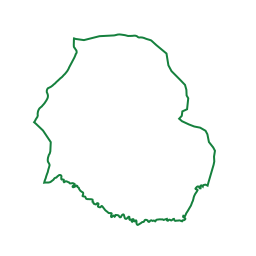 outline of Juban, Al Dali', Yemen, rotated 15°
{"feature_id": "15242507B54497479807016", "entity_name": "Juban", "entity_type": "district", "adm_level": 2, "iso_a3": "YEM", "parent_name": "Yemen", "parent_adm1": "Al Dali'", "projection": "albers", "projection_center": [44.946, 14.052], "detail": "fine", "context": "isolated", "style": "outline", "palette": "green", "viewbox_px": 256, "rotation_deg": 15, "n_neighbors": 0, "source": "geoboundaries", "source_scale": "gbopen_adm2", "svg_char_len": 5907}
<svg xmlns="http://www.w3.org/2000/svg" viewBox="0 0 256 256"><g transform="rotate(15 128 128)"><path d="M215.4,124.8L209.8,120.6L206.3,113.5L203.6,110.6L197.6,109.0L191.6,109.4L186.0,108.8L179.2,107.6L178.5,107.5L175.0,105.8L176.8,102.3L176.2,97.9L180.2,94.6L178.5,83.7L176.2,81.4L174.5,76.0L171.9,71.6L165.6,67.8L155.3,61.8L150.8,57.0L145.9,46.1L133.7,40.5L128.3,37.7L127.6,37.4L126.3,37.3L122.9,37.2L121.8,37.1L120.2,36.9L118.5,36.9L117.3,37.1L115.1,37.7L114.6,37.7L114.1,37.6L113.0,37.1L112.5,37.0L111.5,36.9L111.0,37.0L109.8,37.3L108.3,37.9L104.6,39.0L104.0,39.1L101.2,39.1L97.7,39.5L95.6,39.8L95.1,40.0L94.1,40.3L91.2,41.9L90.2,42.3L76.7,46.7L62.7,54.5L54.7,55.5L53.6,55.5L52.7,55.4L52.7,55.9L53.1,57.5L53.6,59.6L54.1,61.7L54.6,63.3L54.8,63.7L55.3,64.2L55.7,64.5L56.2,64.8L56.8,65.5L58.1,66.5L58.8,68.0L58.8,68.5L58.8,69.1L58.5,70.0L58.3,70.4L58.4,70.9L58.0,73.7L55.4,85.0L55.4,85.4L55.2,86.5L54.6,88.7L53.7,90.8L53.0,92.3L52.3,93.4L51.2,95.6L50.5,96.6L49.6,97.8L49.0,98.9L48.7,99.3L47.8,100.8L47.1,101.8L46.0,103.8L45.2,104.9L44.6,105.7L44.4,106.2L42.9,108.1L41.6,109.3L41.1,109.7L40.3,110.4L40.1,110.9L39.9,112.0L39.9,112.5L39.9,113.0L40.0,113.5L40.2,114.0L40.4,114.6L41.2,115.5L42.0,116.8L42.2,117.2L42.5,118.4L42.6,119.4L42.5,120.5L42.1,122.1L42.0,122.6L41.6,123.7L41.1,125.3L40.2,127.3L39.6,128.4L39.2,129.4L38.8,129.9L37.5,131.8L37.1,132.9L36.9,134.0L36.8,134.7L36.8,135.9L36.9,136.5L37.0,137.5L37.2,138.2L37.6,139.2L37.6,140.2L37.6,140.8L37.2,141.8L37.1,142.4L36.7,143.4L36.6,143.9L36.4,145.0L36.3,145.5L35.8,146.7L37.7,147.6L46.5,152.4L57.0,161.6L57.1,161.9L59.0,170.6L59.0,173.1L58.7,173.8L58.5,174.8L58.5,175.9L58.4,177.1L58.6,179.0L58.9,180.1L59.1,180.7L59.4,181.1L59.7,181.6L60.5,182.3L61.4,183.3L61.7,183.8L61.9,184.4L61.9,186.7L61.8,188.6L61.9,191.5L61.7,193.1L61.5,195.9L61.5,197.7L61.2,200.4L61.2,202.5L62.5,202.0L64.3,201.5L65.4,201.2L66.2,200.8L66.7,200.5L67.2,200.1L67.8,199.3L68.4,198.5L69.2,197.5L69.5,197.0L69.8,196.0L70.1,195.5L70.8,194.8L71.3,194.6L71.7,194.3L72.4,192.9L73.1,192.1L73.4,191.6L73.9,191.2L74.4,191.0L75.0,191.0L75.5,191.1L75.9,191.4L76.2,191.8L76.3,192.3L76.3,192.8L76.8,194.6L77.2,194.9L77.7,194.6L78.8,194.6L79.3,194.6L79.5,195.1L79.6,196.2L79.9,196.6L80.3,196.9L80.7,196.6L81.4,195.7L81.9,195.5L82.4,195.5L82.9,195.5L84.6,195.8L85.1,195.8L86.0,196.5L86.5,196.5L87.6,196.1L88.8,195.6L89.3,195.6L90.1,195.7L91.0,196.0L91.1,196.5L90.6,197.4L89.8,198.2L89.6,198.7L89.8,199.2L90.2,199.4L90.7,199.3L91.3,198.9L92.4,197.9L93.0,197.0L93.5,197.0L94.0,197.1L94.6,198.1L95.1,198.3L95.7,198.4L96.1,198.7L96.7,199.7L97.6,200.4L98.0,200.8L99.5,201.5L101.0,201.9L101.4,202.2L101.6,202.7L101.8,203.3L101.7,205.4L102.1,205.6L102.7,205.6L104.2,205.4L104.7,205.7L105.4,206.6L105.7,207.0L106.2,207.2L106.7,207.2L107.2,207.2L110.2,206.5L111.3,206.3L111.7,206.3L112.3,206.4L112.5,206.9L112.7,207.3L112.8,208.4L113.3,208.5L113.8,208.7L114.1,209.6L114.6,210.0L115.5,210.0L116.0,210.2L116.5,210.2L117.0,210.0L117.2,209.5L117.4,209.0L117.7,208.6L118.2,208.5L118.8,208.6L119.1,208.9L119.2,209.5L119.2,211.0L119.3,211.6L119.8,211.8L120.3,211.9L121.3,211.9L121.8,211.7L122.2,211.2L122.4,210.6L122.7,210.2L123.2,210.2L123.7,210.5L125.1,211.6L125.5,211.9L125.9,212.2L127.2,213.2L128.2,213.7L129.2,214.1L130.7,214.8L131.2,215.1L131.7,215.1L132.8,214.8L133.8,214.6L134.3,214.8L134.4,215.4L134.4,217.5L134.6,218.0L135.0,218.3L135.4,218.1L135.8,217.7L136.6,216.4L137.2,216.3L138.0,217.1L138.3,216.8L138.3,215.7L138.6,215.2L139.2,215.1L139.7,215.1L140.3,214.9L141.0,214.9L141.6,215.0L142.7,216.0L143.3,216.3L143.8,216.2L144.2,215.8L144.4,214.7L144.8,213.7L145.1,213.2L145.6,212.8L146.0,212.7L146.5,213.0L147.1,214.0L147.7,215.0L148.1,215.6L148.5,216.1L149.0,216.3L149.5,216.3L150.0,216.1L150.6,215.2L151.1,214.3L151.7,213.5L152.2,213.5L152.5,214.0L152.8,215.5L153.0,215.9L153.5,216.2L154.4,215.6L154.9,215.8L155.4,216.8L155.9,217.2L156.3,217.5L156.6,217.1L156.6,216.5L156.2,215.5L156.1,215.0L156.4,214.7L156.9,214.8L157.4,215.4L157.9,216.3L158.3,216.5L158.8,216.4L159.2,215.4L159.7,215.2L160.2,215.6L160.4,216.1L160.8,217.7L161.0,218.1L161.3,218.5L161.7,218.9L162.2,219.1L162.6,219.0L163.1,218.6L165.1,216.5L166.1,215.2L166.8,214.9L167.3,214.7L167.6,214.3L167.8,213.8L167.8,213.3L168.0,212.8L168.4,212.3L168.9,212.1L169.4,212.0L170.4,212.1L171.0,212.3L171.3,212.8L171.7,213.1L172.2,213.3L172.7,213.2L173.0,212.8L173.4,211.9L173.8,211.5L174.2,211.2L174.7,211.1L175.2,211.3L175.7,211.4L176.2,211.2L176.6,210.8L177.2,210.7L177.8,210.8L178.4,211.1L178.7,210.7L179.0,209.7L179.3,209.3L179.8,209.0L182.3,208.0L182.8,207.9L184.2,207.6L184.7,207.4L185.2,207.3L185.7,207.5L186.2,207.6L188.6,206.0L189.1,205.7L189.4,206.2L189.5,206.7L189.6,207.1L190.1,207.3L190.6,207.2L190.9,206.8L191.2,206.3L191.5,205.9L192.1,205.8L192.7,205.9L193.2,206.1L193.7,206.1L194.1,205.8L195.1,204.4L195.4,204.1L195.9,203.9L196.3,204.3L196.5,204.8L196.8,205.2L197.3,205.4L198.0,205.4L198.9,204.9L199.8,204.6L200.3,204.5L201.3,204.0L201.8,203.9L202.4,203.9L202.8,204.0L203.9,204.1L204.4,204.1L204.6,203.6L204.6,203.1L205.8,202.6L206.2,202.3L206.8,201.5L206.9,200.9L206.6,200.5L206.2,200.2L205.6,200.0L205.1,200.0L204.6,199.8L204.2,199.5L204.1,199.0L204.2,198.4L204.7,198.4L205.1,198.7L205.7,198.7L205.9,198.2L206.2,196.6L206.3,195.5L206.6,194.5L207.1,193.0L208.3,188.6L208.8,186.9L208.9,186.3L209.2,183.2L209.5,181.5L209.5,178.9L209.4,178.0L209.5,177.3L209.5,176.7L209.8,175.1L209.9,174.5L210.6,172.5L210.8,172.0L211.2,170.5L211.3,170.0L210.8,169.6L209.3,169.5L208.9,169.2L209.0,168.6L209.7,167.2L210.1,166.7L210.5,166.4L211.1,166.3L211.6,166.5L212.0,166.8L212.3,167.2L213.2,167.7L213.7,167.5L213.7,166.9L213.2,166.1L213.1,165.5L213.0,165.0L213.4,164.6L213.9,164.4L214.5,164.6L214.9,164.9L215.4,165.2L215.4,164.7L215.3,164.1L215.6,163.8L216.0,163.4L217.0,162.9L217.4,162.7L217.9,162.7L219.8,163.1L219.8,159.5L220.2,141.3L220.0,138.0L218.5,133.4L217.9,127.5L215.4,124.8Z" fill="none" stroke="#15803d" stroke-width="2"/></g></svg>